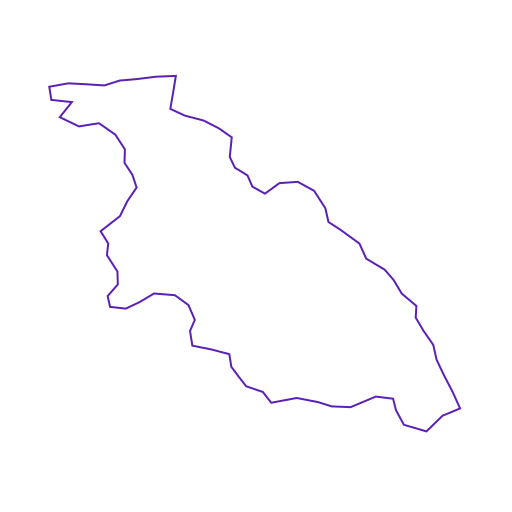 Rio Grande da Serra, São Paulo, Brazil (Equal Earth projection), rotated 261°
{"feature_id": "56859067B81841601254285", "entity_name": "Rio Grande da Serra", "entity_type": "district", "adm_level": 2, "iso_a3": "BRA", "parent_name": "Brazil", "parent_adm1": "São Paulo", "projection": "equal_earth", "projection_center": [-46.376, -23.738], "detail": "fine", "context": "isolated", "style": "outline", "palette": "violet", "viewbox_px": 512, "rotation_deg": 261, "n_neighbors": 0, "source": "geoboundaries", "source_scale": "gbopen_adm2", "svg_char_len": 1146}
<svg xmlns="http://www.w3.org/2000/svg" viewBox="0 0 512 512"><g transform="rotate(261 256 256)"><path d="M56.1,396.9L69.1,415.3L73.5,433.7L90.8,429.0L109.4,422.8L125.5,418.1L140.4,417.2L156.0,409.7L170.2,404.1L181.6,406.6L196.0,394.1L210.7,388.2L222.3,381.0L236.1,364.5L252.1,360.1L268.7,343.5L278.2,332.9L292.2,332.0L311.3,323.6L322.7,308.9L324.3,290.5L316.2,274.6L325.0,263.3L336.9,260.2L346.5,249.0L357.9,245.6L377.0,250.6L387.9,239.3L397.9,225.6L405.9,207.5L414.7,194.4L431.2,200.0L446.4,205.0L448.7,185.6L449.4,165.7L450.6,148.8L448.2,132.9L452.4,114.2L455.9,97.6L455.5,78.3L442.2,78.3L436.8,98.2L423.8,83.9L411.7,101.4L411.7,121.7L397.9,136.0L381.9,143.2L368.6,140.7L355.5,146.6L342.3,148.8L330.4,137.6L316.7,127.9L304.8,106.4L291.5,112.0L280.1,108.9L262.4,116.7L249.6,115.1L239.6,103.2L228.6,103.9L224.4,119.2L228.6,133.5L234.9,149.4L230.0,169.7L218.1,181.6L202.5,185.6L192.3,179.1L177.4,179.1L170.6,197.5L163.2,214.3L150.4,214.3L139.6,220.0L128.9,225.9L120.6,241.5L108.7,248.1L109.4,274.0L101.9,294.6L95.6,307.3L91.9,325.8L98.4,352.3L93.6,369.1L81.9,370.1L66.1,375.7L56.1,396.9Z" fill="none" stroke="#5b21b6" stroke-width="2"/></g></svg>